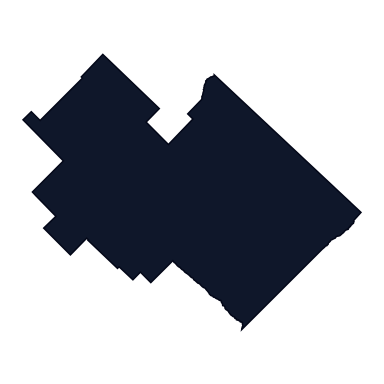 Benito Juárez, Buenos Aires, Argentina
{"feature_id": "61730980B96971006202376", "entity_name": "Benito Juárez", "entity_type": "district", "adm_level": 2, "iso_a3": "ARG", "parent_name": "Argentina", "parent_adm1": "Buenos Aires", "projection": "mercator", "projection_center": [-59.675, -37.588], "detail": "fine", "context": "isolated", "style": "filled", "palette": "ink", "viewbox_px": 384, "rotation_deg": 0, "n_neighbors": 0, "source": "geoboundaries", "source_scale": "gbopen_adm2", "svg_char_len": 5663}
<svg xmlns="http://www.w3.org/2000/svg" viewBox="0 0 384 384"><path d="M361.0,212.4L214.2,74.8L214.2,75.0L214.2,75.4L214.1,75.5L214.1,75.9L213.9,76.0L213.7,76.0L213.4,76.3L213.0,76.3L212.6,76.4L212.5,76.5L212.2,76.9L212.0,77.1L211.6,76.9L211.3,76.9L211.1,76.8L210.7,77.0L210.3,77.3L210.1,77.5L209.8,77.6L209.6,77.8L209.3,78.1L208.6,78.4L208.5,78.6L208.0,78.9L207.5,78.9L207.2,79.1L207.1,79.3L206.9,79.4L206.9,79.7L206.8,79.9L206.7,80.4L206.5,80.6L206.2,80.7L205.9,80.7L205.7,81.0L205.7,81.3L205.8,81.5L206.0,82.0L205.5,83.0L205.4,83.1L205.2,83.7L205.2,83.8L205.1,84.0L205.0,84.3L204.8,84.3L204.7,84.5L204.9,84.8L204.8,85.0L204.7,85.1L204.4,85.2L204.3,85.4L204.3,85.8L204.3,86.0L204.2,86.4L204.3,86.7L204.3,86.9L204.0,87.3L203.9,87.4L204.0,88.2L204.0,88.6L203.9,88.8L203.8,89.0L203.4,89.4L203.4,89.5L203.6,89.9L203.7,90.3L203.7,90.7L203.6,91.3L203.4,91.9L203.2,92.1L203.1,92.3L203.1,93.1L203.0,93.5L202.9,93.7L202.8,93.9L202.8,94.6L202.7,94.8L202.6,95.1L202.6,95.3L202.4,95.8L202.2,95.9L202.1,96.1L202.1,96.3L201.9,96.5L201.9,96.9L201.9,97.2L202.0,97.5L202.0,97.8L201.9,98.0L201.9,98.3L201.8,99.3L187.7,113.9L192.9,119.0L168.4,144.5L146.1,122.1L159.3,108.6L102.8,54.4L81.3,76.9L82.5,78.1L40.1,120.5L31.3,111.7L23.0,119.8L63.4,160.9L32.4,192.0L36.1,196.0L55.9,216.3L43.7,228.1L70.4,254.9L86.7,238.2L88.3,239.7L87.9,240.2L117.5,268.4L119.1,266.8L132.9,279.8L140.4,272.1L150.8,282.6L172.8,260.7L172.9,260.9L173.1,261.0L173.3,261.1L173.5,261.4L173.6,261.6L173.9,262.2L174.1,262.5L174.4,262.6L174.6,262.8L174.9,263.0L175.2,263.1L175.5,263.3L175.9,264.0L176.4,264.5L176.9,265.1L177.1,265.5L177.4,265.7L177.8,266.0L178.0,266.3L178.8,266.9L179.4,266.9L179.6,267.0L179.6,267.3L179.9,267.5L180.2,267.6L180.4,267.9L180.6,268.1L180.8,268.4L181.7,269.2L181.8,269.4L182.5,269.8L182.9,269.9L183.0,270.0L183.2,270.3L183.5,270.4L183.7,270.8L183.8,270.9L184.1,271.0L184.4,271.6L184.7,271.8L184.8,272.1L185.1,272.3L185.7,272.7L185.9,272.7L186.0,272.8L186.1,273.0L186.3,273.2L187.1,273.6L187.8,274.1L188.0,274.3L188.3,274.6L188.9,275.0L189.7,275.7L190.0,275.9L190.1,276.3L190.4,276.5L190.6,276.7L191.0,277.1L191.5,277.5L191.8,277.6L192.2,277.8L192.7,278.0L193.1,278.2L193.2,278.5L193.5,279.0L193.6,279.3L193.8,279.6L194.1,280.0L194.7,280.4L195.1,280.6L195.4,280.8L195.7,281.1L196.0,281.5L196.5,281.8L197.1,282.5L197.6,282.8L197.8,283.1L198.4,283.3L199.5,283.7L199.9,284.1L200.3,284.6L201.0,285.3L201.1,285.5L201.5,285.8L202.1,286.5L202.7,286.8L203.0,287.2L203.4,287.5L203.8,287.6L204.2,287.7L204.6,287.9L205.0,288.2L205.3,288.4L205.5,288.6L206.0,289.4L206.4,289.9L207.1,290.6L207.3,290.9L207.8,291.4L208.2,291.7L208.2,292.0L208.5,292.5L208.8,292.9L209.2,293.3L209.3,293.9L209.6,294.2L210.0,294.6L210.3,294.9L210.7,295.3L211.1,295.6L211.5,295.8L211.9,295.8L212.4,295.8L212.7,296.0L212.8,296.3L213.2,296.6L213.2,296.8L213.4,297.1L213.9,297.1L214.2,297.1L214.7,297.4L215.4,297.9L215.9,298.3L216.4,298.6L216.8,298.6L216.9,298.8L217.8,299.1L218.2,299.4L218.4,299.5L218.7,299.7L219.3,300.3L219.9,300.4L220.2,300.3L220.5,300.2L220.8,300.3L221.1,300.5L221.2,300.8L221.1,301.2L221.4,301.5L221.3,301.9L221.5,302.2L221.6,302.6L221.7,302.9L222.2,303.2L222.5,303.5L222.5,304.1L222.5,304.4L222.6,304.9L222.7,305.6L223.2,305.8L223.7,305.8L224.1,306.0L224.5,306.2L224.8,306.6L224.9,307.0L225.0,308.1L225.2,308.6L225.4,308.9L225.7,309.2L226.1,309.5L226.3,309.8L226.8,310.0L227.2,310.3L227.9,310.8L228.1,311.1L228.4,311.4L228.7,311.7L228.8,312.1L228.9,312.4L229.1,312.6L229.3,312.9L230.1,313.9L230.3,314.3L230.8,314.9L231.2,315.0L231.5,315.4L231.8,315.6L232.3,315.8L232.6,316.2L233.0,316.5L233.6,316.8L234.8,317.2L235.0,317.4L234.9,317.8L234.8,318.0L234.9,318.3L235.2,318.5L236.5,319.0L236.5,319.5L236.5,319.8L236.8,319.9L237.2,320.0L237.5,320.1L237.9,320.2L238.2,320.1L238.6,320.0L238.8,320.3L238.9,320.6L239.1,320.8L239.6,321.0L240.0,321.1L240.0,321.4L240.2,321.8L240.6,322.0L240.9,322.0L241.1,321.8L241.5,321.8L241.8,322.1L241.9,322.4L242.3,322.5L242.6,322.7L242.6,323.1L242.4,323.5L242.4,324.0L242.5,324.4L242.7,324.6L242.8,325.0L242.8,325.6L242.7,326.0L242.5,326.3L242.3,326.8L242.2,327.3L242.1,327.7L241.9,328.1L241.8,328.5L241.8,329.0L241.7,329.6L322.9,248.5L323.1,248.5L323.2,248.4L323.3,248.1L323.5,248.0L323.7,247.9L323.9,247.8L324.1,247.6L324.3,247.4L324.6,247.2L325.0,246.5L325.3,246.3L325.6,245.9L326.5,245.8L326.7,245.7L326.9,245.6L327.1,245.3L327.4,244.9L327.6,244.8L327.8,244.6L327.9,244.3L328.2,244.1L328.2,243.8L328.2,243.4L328.3,243.3L328.5,243.0L328.6,242.8L328.8,242.5L329.3,242.2L329.9,241.6L330.1,241.4L330.5,240.9L330.6,240.7L330.7,240.3L331.5,239.8L332.1,239.6L332.4,239.5L333.1,239.1L333.5,238.8L334.3,238.5L334.9,238.3L335.1,238.2L335.6,237.6L335.7,237.3L335.8,237.1L335.9,236.9L336.1,236.8L337.0,236.3L337.1,236.2L337.3,236.2L337.6,236.0L337.8,236.1L338.0,236.2L338.6,235.9L339.3,235.8L339.6,235.8L339.8,235.7L340.2,235.3L340.3,235.1L340.5,235.1L340.7,234.9L340.8,234.8L341.3,234.5L341.5,234.2L342.1,233.7L342.4,233.4L342.7,233.3L342.9,232.9L343.2,232.7L343.5,232.6L343.8,232.2L344.3,231.6L344.4,231.4L344.5,231.2L344.9,230.9L345.8,230.1L346.4,229.9L346.8,229.5L347.1,229.2L347.4,229.2L347.7,229.2L347.9,229.0L348.1,229.1L348.1,229.3L348.3,229.2L348.4,228.9L348.3,228.5L348.3,228.4L348.7,228.2L348.8,228.0L348.9,227.9L349.0,227.7L349.0,227.4L349.7,227.1L349.9,226.6L350.2,226.4L350.5,226.4L350.6,226.2L350.6,225.8L350.6,225.6L350.6,225.4L350.8,225.3L351.0,225.3L351.2,225.2L351.7,224.8L351.7,224.4L351.9,224.4L352.1,224.3L352.3,224.1L352.6,223.8L352.7,223.6L352.9,223.6L353.2,223.5L353.4,223.4L353.4,223.2L353.6,222.5L353.6,222.0L354.0,221.7L353.9,221.4L353.6,221.3L353.5,221.2L353.5,220.9L353.6,220.6L361.0,212.4Z" fill="#0f172a" stroke="#020617" stroke-width="1.5"/></svg>